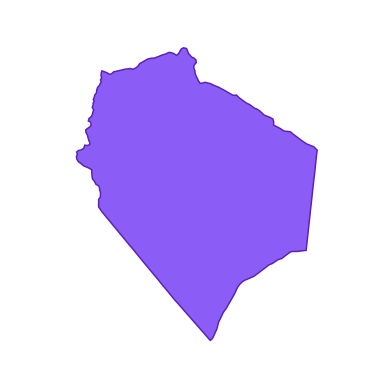 Poço Redondo, Sergipe, Brazil, rotated 111°
{"feature_id": "56859067B19091315628692", "entity_name": "Poço Redondo", "entity_type": "district", "adm_level": 2, "iso_a3": "BRA", "parent_name": "Brazil", "parent_adm1": "Sergipe", "projection": "natural_earth1", "projection_center": [-37.757, -9.851], "detail": "fine", "context": "isolated", "style": "filled", "palette": "violet", "viewbox_px": 384, "rotation_deg": 111, "n_neighbors": 0, "source": "geoboundaries", "source_scale": "gbopen_adm2", "svg_char_len": 2335}
<svg xmlns="http://www.w3.org/2000/svg" viewBox="0 0 384 384"><g transform="rotate(111 192 192)"><path d="M209.8,72.5L205.6,64.5L192.5,68.0L156.8,77.4L137.5,82.5L132.8,83.6L121.0,86.8L113.1,88.9L108.1,90.1L106.1,94.6L106.0,102.3L104.4,109.1L103.0,113.8L101.9,117.8L100.5,121.8L101.3,124.9L102.1,127.7L101.0,133.2L100.7,135.7L100.3,139.8L97.3,140.8L94.8,142.7L94.4,146.1L94.4,149.4L94.3,152.3L93.2,154.9L91.9,158.1L91.3,161.5L91.4,163.5L89.7,169.6L89.5,172.9L88.6,176.3L87.1,181.9L85.6,185.0L87.0,188.5L86.5,191.8L86.1,194.6L85.5,197.8L84.9,202.7L84.6,205.4L84.6,208.7L84.2,213.6L84.6,216.4L84.8,218.9L86.2,220.8L87.7,223.3L85.8,225.9L83.8,228.0L82.4,229.6L80.1,231.6L77.8,232.7L75.6,234.8L73.0,235.5L69.6,234.4L67.2,235.7L66.2,238.6L66.2,240.8L65.1,242.6L63.9,245.0L61.5,247.0L60.0,248.5L60.4,251.5L62.1,253.2L64.6,253.7L67.0,253.9L70.0,255.3L69.2,259.0L69.5,261.9L70.1,263.8L72.3,265.7L74.2,268.2L75.9,270.2L77.5,271.7L78.7,273.2L80.6,275.3L81.6,277.8L83.7,281.0L90.9,286.8L93.6,287.4L96.1,288.8L98.6,291.0L98.7,293.6L100.0,295.9L101.1,298.2L102.6,300.3L108.0,308.3L110.4,309.4L111.7,311.3L111.1,314.2L111.1,317.3L111.2,319.5L113.2,319.4L115.9,318.7L118.0,317.2L120.1,317.6L121.8,316.2L123.8,316.5L125.7,316.7L128.2,317.6L131.0,317.5L133.4,316.7L136.2,317.5L138.9,317.2L141.1,317.3L142.3,315.7L144.3,316.2L146.1,315.5L148.8,315.4L150.4,313.3L152.5,313.2L155.2,312.8L157.8,313.1L160.2,314.5L162.9,314.2L162.9,312.3L164.2,310.7L166.8,310.2L169.7,312.0L172.0,313.5L174.5,312.3L176.0,310.4L178.6,308.5L181.2,306.5L182.7,304.9L184.5,304.6L186.0,306.1L186.7,308.9L190.0,308.7L192.6,310.7L194.1,313.1L196.1,314.0L197.9,312.5L200.5,312.6L202.7,311.2L204.4,309.0L205.3,305.9L206.4,302.6L206.5,299.7L206.6,297.0L207.2,293.6L210.4,292.2L212.9,291.1L215.4,289.6L217.1,286.8L219.4,284.2L219.5,281.9L220.9,280.0L222.8,279.2L225.7,277.0L229.4,275.8L232.4,276.5L235.8,275.2L237.5,274.6L239.5,273.7L242.8,268.9L264.3,230.8L266.0,227.6L277.0,208.3L286.8,190.8L287.8,189.2L292.9,180.1L299.0,169.4L300.2,166.9L324.0,121.8L322.3,120.7L319.8,120.2L311.1,119.7L304.0,120.5L292.9,119.6L290.5,118.9L287.5,118.2L272.6,115.9L265.0,115.3L261.7,114.6L258.0,113.0L255.6,111.2L248.4,103.9L244.1,101.2L242.4,100.1L232.3,93.9L229.9,91.3L224.5,87.6L221.9,84.3L218.3,82.2L212.6,78.6L211.4,76.6L209.8,72.5Z" fill="#8b5cf6" stroke="#5b21b6" stroke-width="1.5"/></g></svg>